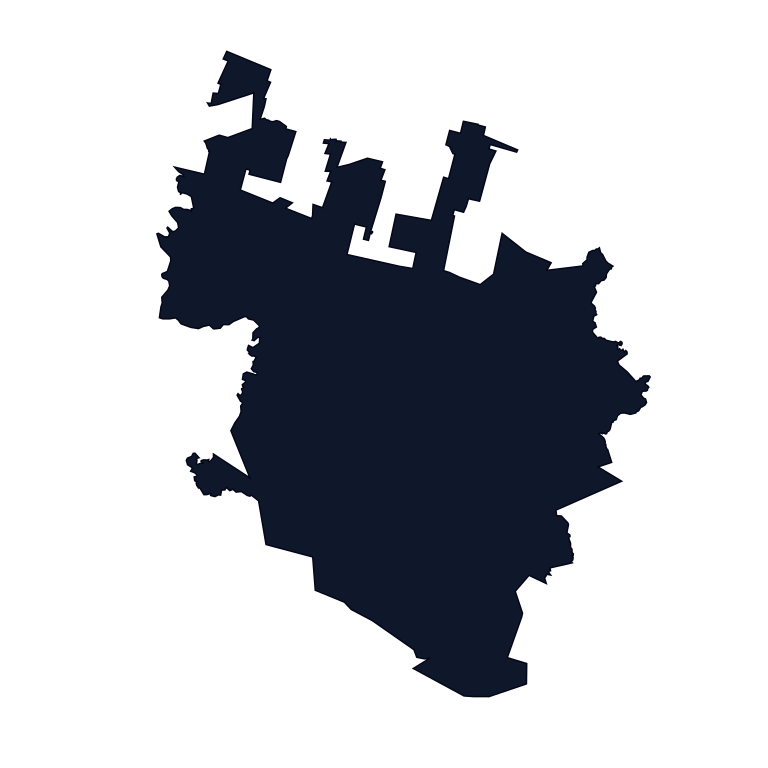 San Juan Mazatlán, Oaxaca, Mexico (Robinson projection), rotated 285°
{"feature_id": "50627088B70858037213369", "entity_name": "San Juan Mazatlán", "entity_type": "district", "adm_level": 2, "iso_a3": "MEX", "parent_name": "Mexico", "parent_adm1": "Oaxaca", "projection": "robinson", "projection_center": [-95.346, 17.147], "detail": "fine", "context": "isolated", "style": "filled", "palette": "ink", "viewbox_px": 768, "rotation_deg": 285, "n_neighbors": 0, "source": "geoboundaries", "source_scale": "gbopen_adm2", "svg_char_len": 6171}
<svg xmlns="http://www.w3.org/2000/svg" viewBox="0 0 768 768"><g transform="rotate(285 384 384)"><path d="M558.7,569.1L560.3,566.4L565.8,561.5L566.8,559.3L571.3,556.8L569.7,555.5L569.3,554.1L567.2,552.7L567.1,551.2L564.3,547.8L559.0,547.3L556.6,548.0L551.7,544.8L550.3,545.6L549.3,545.1L535.9,511.8L544.4,514.1L548.2,486.8L560.1,459.1L518.4,461.4L504.9,451.2L506.7,429.3L508.7,418.2L508.9,412.2L564.5,408.6L564.8,406.7L570.6,406.8L570.5,416.4L577.3,417.5L584.8,417.6L585.3,429.0L624.0,429.1L638.0,431.8L638.2,424.6L642.8,424.6L642.3,452.1L644.7,452.5L649.8,415.7L658.5,415.4L658.5,407.6L659.2,407.6L658.3,392.7L646.0,393.0L645.9,381.8L631.1,381.9L630.4,385.8L624.4,390.9L624.4,393.0L599.0,393.2L599.2,388.1L554.3,387.4L551.2,351.7L518.0,353.4L519.4,381.0L503.0,381.9L501.7,368.4L499.5,314.7L530.8,314.1L531.1,326.4L518.6,326.7L518.7,331.8L526.1,331.7L525.9,333.1L527.9,333.7L528.3,333.1L527.4,331.6L563.1,332.9L580.1,332.8L580.0,328.3L591.2,329.4L591.4,324.5L598.2,325.1L597.8,309.6L586.9,293.3L581.1,282.5L607.5,284.7L606.4,279.6L607.4,279.6L606.6,275.1L608.0,274.3L606.3,269.4L606.8,268.8L605.5,268.7L604.5,263.2L601.0,263.1L601.9,268.6L591.4,267.3L592.2,272.8L574.3,272.2L575.6,277.5L565.4,276.4L565.7,281.2L538.4,279.0L539.1,269.0L528.3,271.4L525.1,271.3L528.3,243.4L535.3,248.6L537.0,235.4L530.0,229.7L534.2,195.0L555.9,195.0L555.9,199.3L551.7,199.3L552.0,231.9L576.1,231.7L580.2,232.4L605.0,233.5L605.0,223.1L607.5,223.0L610.5,215.2L610.6,212.1L608.5,208.6L608.3,205.7L608.9,204.5L608.8,201.8L609.8,199.8L607.5,195.8L620.8,196.6L629.0,196.2L628.6,193.8L646.1,196.3L646.6,192.6L658.3,193.4L664.6,146.0L656.3,144.6L655.7,149.9L631.6,145.8L631.2,148.8L621.7,148.8L620.8,143.7L610.2,144.4L609.8,140.8L607.2,143.4L611.0,151.4L631.5,182.9L596.6,190.6L581.6,169.4L581.7,160.4L572.1,147.5L570.5,149.6L565.8,152.5L564.6,154.4L563.2,154.5L563.3,155.3L540.2,156.2L539.3,125.6L536.1,130.5L534.2,136.0L532.7,136.8L532.6,132.8L530.3,130.8L528.3,130.4L526.7,131.1L526.5,133.5L520.6,133.6L516.8,135.8L515.9,138.4L514.1,138.1L516.6,139.5L516.5,144.7L515.2,149.4L505.0,154.5L503.7,153.7L503.4,152.6L500.3,153.6L501.6,152.4L501.7,148.9L500.8,145.2L501.7,141.6L500.7,137.1L498.6,134.2L495.2,131.7L491.5,135.5L486.5,142.9L481.7,145.2L477.8,142.9L476.4,140.5L479.5,134.5L478.5,134.0L474.3,138.0L470.4,137.7L469.3,134.1L471.2,127.0L470.2,125.8L458.7,133.0L451.5,144.9L447.8,146.2L436.6,145.6L433.3,141.3L432.3,141.0L430.2,141.8L429.0,143.5L428.9,147.4L427.6,149.6L423.3,151.6L418.7,150.9L410.3,146.9L404.8,148.8L401.0,148.6L389.9,149.9L389.7,153.5L391.5,160.2L393.9,165.5L392.5,168.7L389.6,172.4L388.7,182.6L389.5,190.5L392.8,194.5L395.7,200.1L393.2,204.9L393.3,205.8L395.5,211.4L399.8,213.4L401.2,218.9L405.4,222.3L412.9,231.8L413.5,233.7L411.8,236.2L412.0,241.5L408.3,248.1L406.5,249.0L404.2,246.6L399.6,244.2L393.3,245.7L392.3,245.2L392.2,247.3L396.4,250.0L396.7,252.0L391.1,253.0L385.2,248.0L386.2,243.2L382.4,243.0L381.4,243.2L380.2,245.3L379.1,246.1L378.6,245.4L377.4,247.3L376.8,249.3L377.5,251.4L376.7,253.6L372.2,252.5L371.8,251.7L368.5,252.8L364.4,251.9L362.2,255.0L362.3,258.1L361.1,258.8L360.2,258.7L359.3,257.0L359.8,255.6L360.0,248.4L357.4,245.5L351.8,246.1L351.5,249.1L350.0,249.7L346.7,247.3L344.9,248.3L344.7,249.6L343.7,249.5L342.8,247.8L342.2,247.7L340.6,249.1L338.4,249.7L336.2,248.6L335.7,247.7L336.9,245.5L335.2,245.0L330.2,249.9L329.8,251.7L328.7,252.3L325.6,251.3L320.5,253.1L315.5,252.8L307.8,250.0L299.2,248.2L258.6,278.8L272.2,237.4L269.0,238.3L264.0,236.1L263.6,234.7L265.7,234.3L264.8,232.9L264.0,229.3L262.7,227.3L261.9,227.3L261.3,229.5L260.3,229.4L260.1,227.6L257.8,224.4L258.7,223.4L262.0,223.1L262.7,222.2L264.2,223.0L264.9,224.4L268.2,219.4L267.7,217.7L264.2,216.9L261.5,213.3L259.2,212.8L255.2,215.1L253.7,220.0L252.7,220.6L249.7,219.8L249.3,224.0L247.7,227.1L246.3,226.7L245.1,224.7L241.6,226.2L240.9,228.4L239.2,228.4L237.6,229.4L235.5,231.8L235.9,232.9L235.2,233.8L230.5,238.7L231.3,241.5L233.3,244.7L233.2,245.4L231.6,245.3L231.4,245.9L231.5,249.9L234.0,252.7L234.4,255.0L238.8,254.6L239.6,255.0L240.5,257.7L243.3,258.5L241.1,262.6L243.2,265.4L241.3,269.1L243.2,274.1L241.0,280.7L240.9,283.4L242.3,284.6L238.7,293.1L198.4,311.6L198.5,359.9L167.0,371.0L163.0,402.2L157.7,410.8L152.5,433.7L135.1,481.7L128.5,486.4L129.0,494.4L131.1,499.4L116.8,485.9L103.4,542.0L105.3,551.7L109.2,566.3L131.2,599.2L150.9,594.2L151.6,573.9L194.6,577.3L198.5,577.1L217.7,564.4L236.7,573.6L233.3,592.4L238.0,589.4L242.4,590.7L242.6,594.4L245.4,591.1L246.7,593.2L249.3,591.9L260.0,612.1L260.7,610.8L262.9,611.9L265.3,611.6L266.1,610.1L267.1,610.2L267.1,611.1L269.0,610.8L269.7,609.4L273.1,608.3L274.6,606.4L278.3,605.5L283.4,602.0L284.6,603.1L285.5,603.0L286.4,602.4L287.5,599.2L295.9,598.6L297.4,597.6L302.4,589.5L301.5,584.8L306.7,582.7L351.6,638.7L359.3,612.2L367.2,624.2L378.7,616.9L378.9,616.0L381.5,614.3L383.1,613.9L383.2,613.1L385.6,612.6L387.7,611.2L388.8,610.1L391.6,604.2L392.8,605.9L392.5,608.0L393.6,608.2L393.1,611.2L393.9,611.9L395.3,611.9L397.3,613.7L399.0,614.1L405.6,613.9L406.6,615.2L407.9,615.1L409.7,617.5L413.7,617.7L417.1,620.2L418.3,623.9L418.4,629.7L421.2,634.7L422.4,634.9L424.0,636.9L428.3,638.1L428.5,639.0L431.4,641.6L434.1,642.4L437.2,640.5L437.6,638.2L440.1,634.9L443.9,635.5L445.0,639.0L446.1,640.1L447.6,639.8L449.4,640.6L450.6,639.1L451.3,636.6L453.0,636.2L453.9,636.4L454.7,638.2L459.7,639.3L460.5,638.0L458.9,632.6L456.2,631.3L455.9,629.9L454.2,629.6L451.6,626.6L458.6,615.9L463.2,606.1L466.5,603.5L476.0,611.1L478.1,610.3L478.9,608.8L476.9,607.9L479.4,605.8L477.5,604.3L479.1,602.4L477.9,601.2L478.0,600.3L480.3,600.4L481.5,598.9L482.6,600.4L482.5,603.0L484.4,603.6L485.8,603.1L486.4,601.6L484.2,599.7L485.1,596.7L484.0,594.6L483.8,591.5L483.8,586.9L485.0,585.2L484.6,582.4L485.4,581.4L484.8,579.6L483.5,578.6L488.0,572.0L490.7,571.4L494.0,574.4L497.9,571.9L498.3,569.8L499.2,569.3L503.7,569.1L506.0,571.5L507.1,570.3L509.2,569.9L510.4,568.5L511.8,568.6L513.7,567.2L515.4,563.7L516.5,562.9L527.6,565.5L532.3,562.0L533.6,562.9L535.9,562.6L536.4,565.3L540.0,567.0L541.4,569.7L544.4,571.0L548.0,570.4L551.9,571.7L553.6,572.6L554.1,573.8L555.9,573.6L557.1,574.6L558.7,569.1Z" fill="#0f172a" stroke="#020617" stroke-width="1.5"/></g></svg>